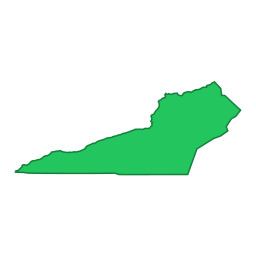 Lee, Virginia, United States of America (Albers equal-area conic projection)
{"feature_id": "52423323B58891806089473", "entity_name": "Lee", "entity_type": "district", "adm_level": 2, "iso_a3": "USA", "parent_name": "United States of America", "parent_adm1": "Virginia", "projection": "albers", "projection_center": [-83.241, 36.743], "detail": "fine", "context": "isolated", "style": "filled", "palette": "green", "viewbox_px": 256, "rotation_deg": 0, "n_neighbors": 0, "source": "geoboundaries", "source_scale": "gbopen_adm2", "svg_char_len": 2378}
<svg xmlns="http://www.w3.org/2000/svg" viewBox="0 0 256 256"><path d="M68.9,152.4L67.6,152.5L63.5,152.0L62.0,151.5L60.7,150.8L59.7,150.6L59.2,150.7L58.8,151.1L57.5,151.2L56.3,151.1L55.2,151.5L52.4,152.0L51.8,152.0L51.2,152.3L51.0,152.9L50.9,153.3L48.8,154.9L47.4,155.6L45.7,155.8L43.6,156.6L42.8,157.5L41.8,158.3L39.9,159.5L38.1,159.6L34.0,160.9L33.5,161.0L33.1,160.8L32.8,160.7L32.3,160.9L30.6,161.9L30.1,162.7L29.2,163.8L28.0,164.6L27.0,165.0L25.5,165.3L24.3,164.7L22.9,164.9L22.2,165.4L21.8,167.2L19.8,168.8L18.3,170.3L17.8,170.6L15.9,170.9L15.6,171.4L15.4,172.1L16.7,172.2L22.8,172.4L28.5,173.1L45.0,173.3L66.1,173.4L90.4,173.4L115.0,173.2L118.8,174.5L121.5,174.5L121.8,174.6L176.9,174.5L177.1,174.5L187.7,174.5L196.9,148.9L213.8,138.4L220.5,136.0L227.8,130.9L226.2,126.7L231.4,118.7L235.8,116.3L240.6,110.2L233.0,103.2L224.8,95.5L221.7,95.4L220.7,88.4L214.0,81.4L214.1,81.7L213.9,82.4L213.7,82.6L212.4,82.8L211.7,83.3L211.1,84.1L209.7,84.8L207.0,85.5L206.6,85.8L206.6,86.3L206.8,86.8L206.7,87.1L206.0,87.3L205.7,87.2L203.0,87.3L199.3,89.4L195.7,89.8L193.4,90.9L191.1,92.4L190.7,92.4L190.4,92.0L188.9,91.8L186.5,92.0L184.1,92.8L182.8,94.3L182.2,95.5L181.4,95.7L180.6,95.7L178.3,94.9L177.7,94.3L177.3,93.2L177.0,93.2L173.2,93.5L172.7,93.9L171.9,94.3L170.7,94.3L168.7,93.7L167.8,94.4L167.3,94.3L166.5,93.8L165.7,93.5L164.9,94.7L165.4,96.5L165.0,97.7L163.9,97.8L162.1,98.6L161.6,99.2L161.0,99.7L159.1,100.6L158.4,101.4L158.4,101.7L158.5,102.1L158.9,102.7L159.2,103.3L159.3,106.0L158.1,108.4L156.9,109.8L156.2,110.3L155.2,111.7L154.1,113.7L153.1,114.6L151.7,115.0L151.0,116.2L151.8,118.0L151.7,119.8L151.1,120.7L150.9,121.1L150.8,121.5L152.5,122.4L152.5,122.5L152.2,122.6L151.7,123.5L151.9,124.0L152.0,125.7L151.2,126.1L150.4,127.1L149.8,128.1L147.4,128.5L144.8,128.4L143.6,129.1L142.1,129.4L140.1,129.2L135.3,129.3L134.1,129.9L129.0,131.8L124.9,133.2L124.4,133.1L122.5,133.7L120.2,134.8L118.2,135.0L116.7,135.8L115.9,136.0L115.2,136.0L112.6,136.8L112.3,137.2L112.1,137.3L107.3,138.0L106.2,138.3L105.8,138.7L105.2,139.0L98.4,141.1L96.7,142.0L96.4,142.3L95.7,142.6L95.0,143.2L94.3,143.5L94.1,143.5L93.6,143.2L93.1,143.2L92.2,143.8L87.6,145.7L86.8,146.2L85.3,147.9L85.2,148.1L85.4,148.5L85.2,148.7L81.2,150.6L79.3,151.3L78.2,151.6L76.2,151.9L75.0,152.0L74.0,151.8L72.1,152.3L70.5,152.4L69.7,152.1L69.0,152.4L68.9,152.4Z" fill="#22c55e" stroke="#15803d" stroke-width="1.5"/></svg>